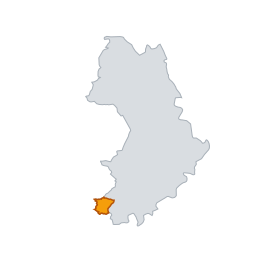 Yomou highlighted on a map of Guinea, rotated 61°
{"feature_id": "GIN-5659", "entity_name": "Yomou", "entity_type": "Prefecture", "adm_level": 1, "iso_a3": "GIN", "parent_name": "Guinea", "parent_adm1": "", "projection": "albers", "projection_center": [-9.126, 7.622], "detail": "fine", "context": "in_parent", "style": "filled", "palette": "amber", "viewbox_px": 256, "rotation_deg": 61, "n_neighbors": 0, "source": "natural_earth", "source_scale": "10m", "svg_char_len": 4975}
<svg xmlns="http://www.w3.org/2000/svg" viewBox="0 0 256 256"><g transform="rotate(61 128 128)"><path d="M154.4,164.3L152.5,164.1L151.6,164.4L149.1,167.4L147.6,168.6L145.2,168.2L144.4,168.4L143.7,168.1L144.6,166.4L145.8,163.2L148.9,159.9L149.0,159.3L147.7,157.4L146.4,154.8L146.4,152.0L146.2,150.0L143.5,149.4L143.0,149.1L142.9,148.4L144.4,144.9L144.6,144.2L144.4,143.6L142.7,141.8L140.1,138.5L135.6,131.8L133.9,130.3L132.3,128.3L131.7,127.0L130.1,126.5L114.4,126.5L114.1,128.2L108.7,129.4L105.3,128.0L101.6,128.8L99.8,129.7L98.4,133.6L97.6,134.4L96.8,136.2L96.0,137.1L95.2,139.1L93.4,141.8L91.6,143.6L88.4,144.5L87.4,147.4L86.7,148.5L85.4,149.3L84.1,149.9L81.6,149.3L80.1,149.8L79.9,149.1L80.7,146.8L80.1,145.6L77.6,143.1L77.4,142.0L76.7,140.5L73.4,137.4L70.4,137.5L71.3,135.0L71.3,131.5L70.3,129.7L70.5,127.7L70.0,127.9L68.9,129.2L67.3,128.7L64.0,126.7L62.4,124.7L62.2,123.0L61.8,122.3L60.8,122.7L58.8,122.6L52.5,119.5L48.1,112.0L48.0,110.3L48.7,107.3L48.5,106.5L46.5,108.5L46.1,107.2L44.5,104.1L44.1,102.4L42.6,101.6L41.4,101.4L40.5,102.0L39.2,105.5L38.3,105.5L37.3,104.7L37.6,102.1L40.0,98.8L44.2,90.6L45.7,88.7L46.6,88.0L48.5,88.0L52.3,86.9L56.9,84.4L60.4,84.6L64.5,84.3L70.0,82.6L70.1,77.0L69.9,75.8L68.0,74.7L66.9,73.7L65.9,72.4L64.8,71.5L64.8,70.6L67.2,69.5L69.4,69.5L70.2,69.1L70.7,68.3L71.4,66.3L71.6,64.1L70.2,61.3L70.3,59.3L78.2,59.6L82.6,60.2L86.1,60.4L86.7,60.9L86.2,62.8L86.6,64.0L87.8,64.3L89.8,63.0L90.8,63.3L93.1,65.0L95.1,65.5L97.4,66.4L99.5,67.0L101.4,66.9L102.8,67.9L105.4,68.2L108.9,67.0L111.5,66.5L115.3,66.4L117.3,66.8L123.0,65.9L127.5,66.4L126.8,67.1L124.7,71.5L125.0,72.3L129.5,76.1L130.6,76.4L131.9,75.9L133.9,74.2L135.4,72.3L136.9,71.4L138.7,71.4L140.1,72.8L143.3,78.4L144.1,79.1L144.9,79.1L146.4,78.0L147.1,76.8L150.1,73.1L154.8,71.3L165.9,75.6L167.6,75.9L168.5,75.6L169.9,73.1L174.1,70.9L176.1,70.4L177.3,70.3L177.7,69.6L177.9,68.6L177.7,67.5L176.4,65.6L176.4,65.1L177.1,64.7L178.7,64.4L180.8,64.6L183.1,65.4L185.0,66.6L186.1,68.0L188.2,73.9L190.5,78.6L190.4,84.8L191.5,85.4L192.6,85.7L193.1,86.2L194.3,88.7L195.4,89.5L196.6,89.6L199.1,91.3L200.6,91.9L200.8,92.4L200.8,93.1L200.2,94.0L197.8,95.7L196.7,97.2L194.3,100.7L194.3,101.3L194.8,101.8L195.7,101.9L196.8,101.7L199.0,100.4L200.7,100.8L202.3,101.8L203.0,102.8L203.1,104.2L202.7,105.9L202.7,107.8L203.2,111.1L204.1,114.4L205.0,115.6L210.5,118.5L211.0,119.5L211.3,120.8L210.9,122.4L210.4,123.4L207.3,126.0L206.9,127.2L207.1,129.5L207.4,139.1L208.6,140.7L210.0,141.5L213.3,141.1L213.2,143.8L212.8,146.8L214.7,147.7L215.7,148.6L216.2,149.4L213.2,151.0L212.3,152.0L211.9,154.5L212.0,156.8L216.1,158.4L217.7,160.4L218.4,162.4L218.7,166.2L218.3,167.1L217.3,167.1L215.2,164.8L212.0,164.5L209.6,164.1L205.6,164.4L204.9,165.1L204.5,170.1L205.4,171.0L207.3,171.9L208.6,172.3L209.6,172.2L210.4,172.8L210.6,174.5L210.0,175.7L209.0,176.9L207.7,179.8L208.0,182.4L205.8,186.7L205.1,187.6L202.1,186.7L200.2,186.4L198.8,187.5L196.9,185.9L196.5,184.6L195.8,184.3L194.5,184.3L193.3,185.0L192.8,186.4L192.5,189.1L190.4,191.7L188.8,194.9L187.1,194.6L186.7,195.0L184.8,195.9L183.2,196.1L182.7,195.2L181.8,194.5L180.8,193.2L179.6,192.0L177.3,191.3L176.4,191.6L175.3,191.5L174.6,191.1L174.7,190.4L175.9,188.7L176.6,187.2L176.9,185.5L176.9,183.9L176.3,181.6L175.3,179.8L175.0,178.8L175.2,177.3L174.9,175.9L174.6,175.2L174.1,172.6L173.5,172.1L173.2,170.0L173.3,167.8L172.4,167.0L171.0,166.4L170.2,165.6L169.7,164.7L169.2,164.4L168.7,164.4L168.4,165.0L167.9,165.1L167.1,163.1L166.8,163.1L166.2,163.5L159.8,165.7L159.0,163.8L157.7,163.5L155.6,164.3L154.4,164.3Z" fill="#d9dde1" stroke="#a8b0b8" stroke-width="1"/><path d="M174.0,192.2L173.9,192.1L174.2,191.9L174.4,191.6L174.4,191.3L174.4,191.0L174.5,190.7L174.8,190.4L175.3,190.0L175.8,189.2L176.1,188.7L176.0,188.3L176.4,187.8L176.6,187.5L176.7,186.8L176.8,186.5L177.1,186.1L177.3,185.9L176.8,185.3L176.8,184.5L177.0,183.6L177.3,182.9L177.0,182.6L177.5,182.5L177.9,182.6L178.6,181.2L179.4,180.5L181.3,178.9L181.7,177.9L182.8,177.0L183.4,176.7L184.0,175.9L184.4,175.2L185.7,176.2L186.3,177.4L186.5,179.3L187.6,181.3L188.3,183.4L188.9,184.8L190.8,185.7L192.8,185.9L192.8,186.8L192.7,186.9L192.6,187.2L192.5,187.3L192.6,187.5L192.8,187.6L192.9,188.3L192.8,188.8L192.5,189.2L192.1,189.7L191.4,190.1L191.2,190.5L191.2,191.0L190.9,191.4L190.5,191.5L190.2,191.6L189.8,192.2L189.5,192.6L189.4,192.8L189.5,193.2L189.7,193.7L189.8,194.2L189.6,194.7L189.3,194.8L188.3,195.2L187.9,195.3L187.5,194.5L187.2,194.3L187.0,194.9L186.8,194.8L186.6,194.8L186.6,195.2L185.9,195.4L185.7,195.5L185.3,195.5L184.9,195.7L184.6,196.0L184.3,196.2L183.9,196.3L183.6,196.4L183.3,196.5L183.0,196.7L183.2,195.9L183.1,195.5L182.6,195.3L182.4,195.1L182.4,194.7L181.7,194.6L181.0,194.0L180.6,192.5L180.3,192.0L179.9,191.9L179.1,192.1L178.7,192.1L178.5,191.9L178.3,191.4L178.2,191.2L177.8,191.0L177.4,191.0L177.0,191.0L176.8,191.0L176.7,191.1L176.6,191.4L176.4,191.5L176.0,192.0L175.7,191.8L175.2,191.0L175.0,191.4L174.2,192.1L174.0,192.2Z" fill="#f59e0b" stroke="#b45309" stroke-width="1.5"/></g></svg>